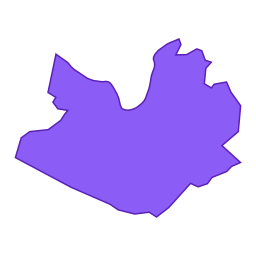 outline of Daviess, Kentucky, United States of America
{"feature_id": "52423323B15585181357982", "entity_name": "Daviess", "entity_type": "district", "adm_level": 2, "iso_a3": "USA", "parent_name": "United States of America", "parent_adm1": "Kentucky", "projection": "albers", "projection_center": [-87.088, 37.746], "detail": "fine", "context": "isolated", "style": "filled", "palette": "violet", "viewbox_px": 256, "rotation_deg": 0, "n_neighbors": 0, "source": "geoboundaries", "source_scale": "gbopen_adm2", "svg_char_len": 1126}
<svg xmlns="http://www.w3.org/2000/svg" viewBox="0 0 256 256"><path d="M15.4,157.6L71.3,187.4L110.1,204.3L118.1,209.8L134.7,214.0L149.2,212.2L156.5,217.0L168.8,207.5L190.6,183.3L192.7,184.4L198.2,186.8L207.4,183.7L212.0,177.4L226.7,171.5L231.6,166.4L240.5,162.5L221.9,145.6L238.3,131.6L240.6,105.7L230.9,92.1L226.5,82.0L214.2,84.2L211.4,87.9L204.3,83.7L205.8,68.3L211.3,62.2L205.3,60.3L201.7,50.7L196.8,48.9L186.7,54.6L175.8,54.9L180.9,44.7L179.0,39.0L169.7,42.8L167.1,44.1L158.3,50.4L154.9,54.4L153.8,56.6L153.4,58.5L153.5,59.6L154.2,61.3L154.5,63.3L154.6,65.6L154.3,67.7L152.3,73.0L151.4,75.9L149.9,84.8L149.0,88.5L146.1,96.7L145.2,98.9L144.1,100.8L141.9,103.3L141.6,103.6L136.5,107.6L133.0,109.2L128.7,110.2L125.6,110.0L122.5,109.0L121.7,108.2L120.4,105.5L118.7,98.3L117.0,94.0L112.6,86.2L110.6,83.5L109.3,82.4L108.3,81.9L106.0,81.4L102.5,81.8L94.1,80.7L90.2,79.5L87.0,78.1L73.9,69.3L71.0,66.6L68.8,63.8L68.4,63.2L66.7,61.8L56.1,54.3L56.0,54.2L48.0,92.4L55.8,97.4L52.9,102.2L57.9,108.8L67.8,110.4L64.5,114.5L60.7,120.4L48.1,129.7L29.8,131.6L21.2,137.9L15.4,157.6Z" fill="#8b5cf6" stroke="#5b21b6" stroke-width="1.5"/></svg>